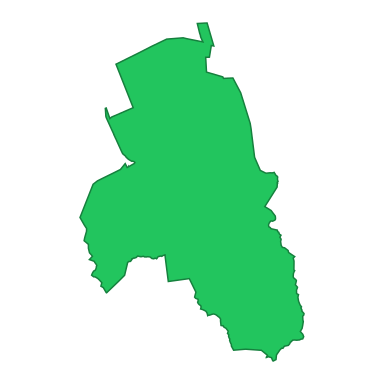 the district of Villaldama, Nuevo León, Mexico
{"feature_id": "50627088B63922247713166", "entity_name": "Villaldama", "entity_type": "district", "adm_level": 2, "iso_a3": "MEX", "parent_name": "Mexico", "parent_adm1": "Nuevo León", "projection": "robinson", "projection_center": [-100.368, 26.476], "detail": "fine", "context": "isolated", "style": "filled", "palette": "green", "viewbox_px": 384, "rotation_deg": 0, "n_neighbors": 0, "source": "geoboundaries", "source_scale": "gbopen_adm2", "svg_char_len": 5458}
<svg xmlns="http://www.w3.org/2000/svg" viewBox="0 0 384 384"><path d="M116.0,64.2L133.2,107.7L111.5,117.1L109.9,118.6L106.2,108.0L105.3,108.4L105.5,110.6L105.5,110.8L105.6,112.3L105.8,115.2L105.8,115.8L106.0,116.9L106.4,118.0L110.9,127.9L111.0,128.1L111.2,128.6L113.9,134.4L113.8,134.5L115.5,138.2L115.7,138.7L115.9,138.9L116.9,141.2L118.4,144.5L121.3,150.9L122.7,153.8L122.9,154.0L123.4,154.2L124.2,155.1L125.4,156.0L126.3,157.4L126.8,157.8L128.4,159.3L131.8,161.3L132.5,161.1L134.3,161.8L134.9,162.4L134.5,163.3L133.7,163.9L133.2,164.1L129.0,166.5L128.9,166.4L128.9,166.5L127.2,167.5L125.2,163.6L120.5,169.4L120.5,169.5L119.6,169.9L117.0,171.2L113.0,173.2L108.5,175.4L102.6,178.3L97.4,180.9L93.1,184.3L80.0,217.5L84.4,225.2L86.6,228.5L86.5,231.4L84.7,237.7L84.1,240.7L88.4,244.4L88.4,248.3L89.5,252.8L91.5,255.0L92.4,256.3L89.4,259.6L94.2,261.3L94.9,262.6L95.8,263.8L96.3,264.6L96.8,265.4L96.3,266.8L96.2,268.2L95.1,270.4L93.6,271.1L92.4,273.2L91.6,275.2L93.6,276.8L95.2,276.9L97.8,278.5L99.5,280.1L100.9,281.7L101.8,282.7L100.9,286.2L103.3,287.6L106.2,292.6L106.6,292.8L118.6,281.3L124.6,275.3L127.5,263.2L127.5,262.8L127.8,262.3L128.4,261.9L128.5,261.8L128.8,261.5L128.9,261.4L129.0,261.4L129.3,261.5L129.5,261.5L129.9,261.5L130.1,261.5L130.3,261.4L130.5,261.3L130.7,261.2L130.8,261.0L130.8,260.9L131.0,260.5L131.2,260.4L131.3,260.4L131.5,260.1L131.6,259.8L131.7,259.3L131.7,259.2L131.8,259.1L131.9,258.9L132.0,258.9L132.3,258.9L132.3,258.7L132.7,258.6L132.9,258.5L133.1,258.4L133.5,258.1L133.9,258.0L134.2,258.1L134.5,258.1L135.0,257.9L136.2,257.5L136.6,257.1L137.5,256.2L137.9,256.0L139.4,256.5L139.6,256.5L140.3,256.5L140.5,256.7L140.8,256.7L141.5,256.7L142.2,256.4L142.3,256.4L142.5,256.5L142.8,256.4L143.0,256.4L143.3,256.3L143.6,256.4L143.8,256.4L143.9,256.5L144.1,256.7L144.3,256.8L144.5,256.9L144.8,256.9L145.0,256.8L145.9,257.0L146.1,257.0L146.3,257.0L146.5,256.9L146.8,256.8L147.0,256.7L147.5,256.7L147.7,256.8L147.8,256.8L148.0,256.8L148.1,256.7L148.3,256.7L148.6,256.8L148.8,256.8L149.1,256.8L149.5,256.9L149.9,257.0L150.2,257.1L150.7,257.4L151.0,257.7L151.2,258.0L151.3,258.0L151.6,258.2L151.7,258.3L151.8,258.4L151.9,258.5L152.1,258.5L152.5,258.6L153.1,258.7L153.2,258.8L153.3,258.8L153.5,258.8L153.8,258.8L153.9,258.7L154.1,258.7L154.4,258.5L154.5,258.4L154.8,258.2L155.0,258.2L155.6,258.3L155.8,258.4L156.0,258.5L156.4,258.7L156.5,258.8L156.7,258.7L156.8,258.5L157.0,258.3L157.2,258.1L157.4,257.6L157.7,257.2L158.1,256.8L158.3,256.6L158.5,256.5L158.8,256.5L159.0,256.5L159.1,256.4L159.6,256.3L160.2,256.1L160.4,256.1L160.7,256.1L161.0,256.1L161.3,256.3L161.4,256.2L161.5,256.2L161.9,256.1L162.3,256.1L162.5,255.9L162.9,255.6L163.0,255.5L163.2,255.4L164.0,255.3L164.3,255.2L164.5,255.1L164.7,254.9L164.8,254.8L165.0,254.8L165.3,257.8L166.6,268.1L168.3,281.5L189.3,278.6L195.9,292.1L194.6,297.1L195.6,298.3L198.1,299.3L198.1,301.3L197.6,302.1L198.2,303.5L199.3,304.7L200.1,305.2L200.7,305.6L201.1,307.0L200.6,309.0L203.0,309.7L204.3,310.4L205.6,311.0L205.8,311.2L206.2,311.7L206.8,312.6L207.0,313.0L207.3,313.9L207.7,315.7L208.6,315.2L209.1,315.2L209.4,315.2L210.0,315.0L210.8,314.8L211.6,314.4L212.0,314.3L213.3,314.0L213.6,314.0L214.0,314.1L214.9,314.3L215.7,314.7L216.0,314.8L216.6,315.2L218.0,316.4L219.1,317.2L219.6,317.6L220.6,319.2L220.5,320.9L221.0,325.5L222.8,325.8L223.1,325.7L224.0,327.2L225.1,327.8L225.9,328.2L228.2,331.2L227.9,332.3L227.5,333.5L228.7,334.6L228.6,336.5L229.2,338.1L229.8,339.0L229.6,340.3L230.4,342.6L231.3,344.4L231.4,346.1L233.6,350.2L245.6,349.2L261.4,350.3L267.5,355.3L266.3,357.3L266.3,357.5L268.4,356.7L271.5,357.7L272.4,360.0L272.9,360.9L273.3,361.0L276.0,359.6L276.5,354.9L280.0,349.8L281.7,348.2L282.9,348.3L284.4,346.2L288.3,345.4L289.7,343.8L290.4,342.1L291.2,341.8L292.6,340.2L294.5,340.0L296.6,340.2L299.8,339.9L300.4,339.3L302.7,338.9L303.7,336.7L302.8,334.3L300.3,331.5L302.1,328.4L302.7,325.4L303.3,321.5L302.9,320.1L302.7,316.3L303.8,315.0L304.0,313.5L301.8,311.0L302.0,310.2L300.9,307.8L301.5,306.9L300.0,304.8L298.6,301.3L297.9,297.2L298.5,294.6L296.6,293.6L296.5,290.0L297.2,288.3L297.5,287.2L295.4,284.8L296.4,280.7L295.8,279.6L294.1,278.3L293.2,277.0L293.4,273.6L294.2,271.4L294.7,270.7L293.9,269.8L294.0,263.4L294.0,261.0L293.2,258.1L294.7,256.6L288.6,252.5L288.1,250.5L286.3,249.1L284.6,247.8L282.4,247.4L281.2,245.4L280.6,241.5L280.8,240.8L281.1,239.2L279.9,237.2L281.0,235.2L279.6,234.3L279.1,233.4L278.8,232.3L277.7,231.6L277.3,230.1L271.0,228.7L270.5,227.9L270.1,227.5L268.8,226.7L268.6,225.8L268.6,224.6L269.1,223.2L269.7,222.5L270.1,221.7L270.5,221.3L271.0,221.0L271.4,221.0L271.9,221.1L272.6,221.2L273.7,220.7L274.9,220.1L275.3,219.5L275.5,219.0L275.5,218.0L275.3,216.1L271.1,210.5L264.8,206.6L277.1,187.1L277.2,185.3L277.2,185.1L277.3,184.5L277.3,183.6L277.2,183.1L277.4,183.1L277.6,183.1L277.5,181.8L278.0,181.5L277.8,180.7L277.5,179.5L277.5,178.3L277.7,177.0L277.1,176.1L276.8,175.9L276.5,175.7L276.1,175.6L275.3,174.2L275.1,174.0L275.0,173.7L274.6,173.2L274.2,172.4L272.4,172.9L270.1,172.8L265.9,173.2L260.3,170.4L254.6,157.3L251.7,134.0L251.1,129.0L250.2,123.4L240.7,92.8L232.9,78.0L223.5,78.4L222.8,76.9L206.5,72.1L205.7,57.3L209.4,57.2L211.3,45.5L213.8,46.0L207.1,23.0L204.5,23.1L197.3,23.5L199.7,33.4L200.0,34.2L200.2,34.8L200.4,35.3L200.4,35.6L200.5,35.9L200.5,36.3L200.6,36.6L200.9,37.6L201.1,37.9L201.2,38.3L201.7,39.2L201.8,39.6L202.9,41.9L186.8,38.7L183.2,37.8L166.7,39.1L151.7,46.3L137.6,53.5L116.0,64.2Z" fill="#22c55e" stroke="#15803d" stroke-width="1.5"/></svg>